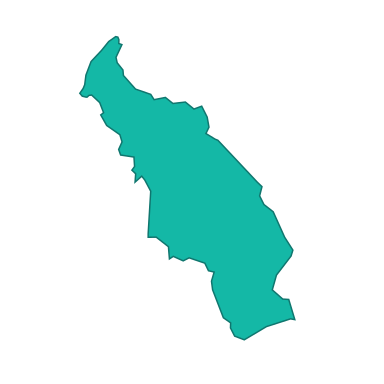 Liberty, Georgia, United States of America (Mercator projection), rotated 198°
{"feature_id": "52423323B31615661575159", "entity_name": "Liberty", "entity_type": "district", "adm_level": 2, "iso_a3": "USA", "parent_name": "United States of America", "parent_adm1": "Georgia", "projection": "mercator", "projection_center": [-81.411, 31.822], "detail": "fine", "context": "isolated", "style": "filled", "palette": "teal", "viewbox_px": 384, "rotation_deg": 198, "n_neighbors": 0, "source": "geoboundaries", "source_scale": "gbopen_adm2", "svg_char_len": 1162}
<svg xmlns="http://www.w3.org/2000/svg" viewBox="0 0 384 384"><g transform="rotate(198 192 192)"><path d="M304.2,310.5L307.5,310.6L308.6,314.3L310.4,316.4L312.6,316.2L317.7,309.4L321.8,298.7L328.3,284.9L329.0,270.4L327.2,260.9L327.5,256.9L329.2,251.2L326.0,249.2L322.0,249.5L321.0,249.9L319.9,252.0L317.4,253.2L307.4,248.5L300.6,240.1L302.6,237.1L293.7,228.9L278.3,224.2L274.0,218.0L274.9,209.8L271.3,205.1L258.0,207.3L254.5,198.5L255.9,194.2L251.2,191.9L249.2,183.8L244.7,191.5L240.6,188.8L231.5,180.0L220.8,138.8L219.7,135.4L212.1,138.0L197.5,132.7L192.8,121.4L189.9,125.0L179.1,123.8L174.4,128.5L157.8,128.3L152.0,122.2L146.2,122.7L145.9,113.2L142.2,105.4L123.3,82.1L114.8,79.5L113.4,74.6L106.9,68.1L96.6,67.6L79.6,87.0L59.1,101.8L54.8,102.4L66.8,119.7L72.6,118.2L85.4,123.7L86.0,139.1L78.0,161.7L78.1,167.9L89.9,177.6L108.7,198.3L119.7,202.3L126.5,209.2L127.1,218.7L132.9,221.5L183.4,249.2L186.4,249.4L196.8,251.9L195.9,258.9L200.7,267.9L209.3,276.6L215.8,271.5L226.1,275.5L237.5,270.3L246.5,273.7L256.6,268.1L261.4,272.1L277.5,272.4L293.2,281.6L295.4,286.7L303.1,291.8L305.9,296.6L304.2,310.5Z" fill="#14b8a6" stroke="#0f766e" stroke-width="1.5"/></g></svg>